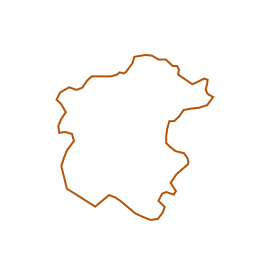 Jeongeup-si, North Jeolla, South Korea, rotated 304°
{"feature_id": "91817680B14892127844453", "entity_name": "Jeongeup-si", "entity_type": "district", "adm_level": 2, "iso_a3": "KOR", "parent_name": "South Korea", "parent_adm1": "North Jeolla", "projection": "mercator", "projection_center": [126.936, 35.604], "detail": "fine", "context": "isolated", "style": "outline", "palette": "amber", "viewbox_px": 256, "rotation_deg": 304, "n_neighbors": 0, "source": "geoboundaries", "source_scale": "gbopen_adm2", "svg_char_len": 1173}
<svg xmlns="http://www.w3.org/2000/svg" viewBox="0 0 256 256"><g transform="rotate(304 128 128)"><path d="M190.6,93.5L184.1,95.5L173.4,95.0L170.9,94.0L169.4,89.9L165.8,88.9L161.2,84.9L158.7,81.3L155.7,76.7L150.6,69.1L144.5,67.6L135.9,67.6L130.8,64.0L128.8,56.4L119.6,51.9L111.5,52.9L110.5,59.0L106.4,67.6L98.3,67.6L90.7,69.1L85.8,73.5L85.6,73.7L89.7,78.3L91.7,84.9L87.1,90.4L75.0,89.9L67.9,91.5L59.2,94.0L54.1,99.6L48.6,105.7L43.5,111.2L44.5,144.8L47.0,145.5L56.7,148.3L61.8,149.8L63.3,156.4L63.3,163.0L61.8,176.7L61.3,181.3L62.3,188.4L64.3,198.0L65.6,199.5L69.4,203.6L77.5,204.1L83.1,202.6L84.6,194.0L92.7,193.0L96.3,195.5L98.3,203.1L102.4,203.1L106.4,194.0L116.6,194.0L122.2,195.5L131.3,198.0L133.8,197.0L136.4,194.0L138.4,188.4L135.4,180.3L135.9,173.2L136.9,168.1L143.0,164.0L149.1,161.0L156.7,158.5L159.7,162.5L166.8,164.0L173.9,164.0L179.5,169.6L184.6,175.7L191.2,180.8L201.3,181.3L200.8,176.2L201.3,173.7L203.9,170.6L208.5,169.1L212.5,167.1L211.5,163.5L205.4,160.0L200.3,156.9L200.3,150.8L200.3,144.2L200.3,139.7L204.9,137.6L206.9,134.1L204.4,130.5L205.9,120.9L201.9,115.3L201.3,107.2L198.3,101.6L190.6,93.5Z" fill="none" stroke="#b45309" stroke-width="2"/></g></svg>